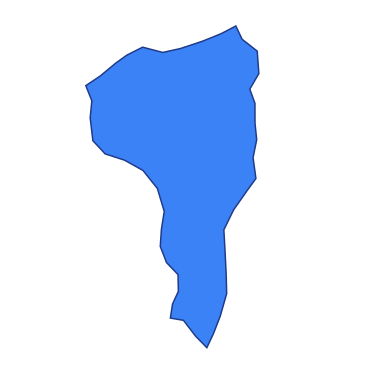 outline of Poá, São Paulo, Brazil, rotated 350°
{"feature_id": "56859067B52445004777120", "entity_name": "Poá", "entity_type": "district", "adm_level": 2, "iso_a3": "BRA", "parent_name": "Brazil", "parent_adm1": "São Paulo", "projection": "albers", "projection_center": [-46.347, -23.539], "detail": "fine", "context": "isolated", "style": "filled", "palette": "blue", "viewbox_px": 384, "rotation_deg": 350, "n_neighbors": 0, "source": "geoboundaries", "source_scale": "gbopen_adm2", "svg_char_len": 709}
<svg xmlns="http://www.w3.org/2000/svg" viewBox="0 0 384 384"><g transform="rotate(350 192 192)"><path d="M179.6,347.9L188.8,334.8L198.3,319.1L208.5,298.1L211.4,278.8L214.4,255.0L216.8,234.8L229.8,216.9L246.3,200.4L257.3,189.8L258.1,168.8L264.8,151.7L266.0,135.2L269.4,115.6L266.8,100.7L278.4,87.0L280.7,64.6L267.9,50.3L264.0,36.1L248.3,41.1L228.6,45.3L205.5,48.7L187.5,49.5L168.5,40.8L151.6,45.9L139.5,51.7L121.8,61.8L105.9,68.8L109.2,84.8L104.6,101.3L103.3,124.3L113.1,139.4L131.0,148.9L147.5,162.3L158.5,182.5L161.3,206.3L155.4,223.4L151.3,240.1L154.7,257.2L163.9,270.9L161.3,287.5L153.4,298.9L148.8,312.4L161.3,316.9L170.6,334.8L179.6,347.9Z" fill="#3b82f6" stroke="#1e3a8a" stroke-width="1.5"/></g></svg>